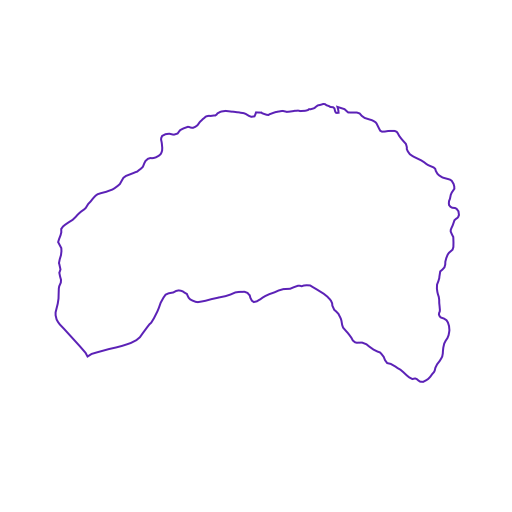 outline of Fatululic, Cova Lima, East Timor, rotated 352°
{"feature_id": "22284137B33809863123080", "entity_name": "Fatululic", "entity_type": "district", "adm_level": 2, "iso_a3": "TLS", "parent_name": "East Timor", "parent_adm1": "Cova Lima", "projection": "mercator", "projection_center": [125.158, -9.205], "detail": "fine", "context": "isolated", "style": "outline", "palette": "violet", "viewbox_px": 512, "rotation_deg": 352, "n_neighbors": 0, "source": "geoboundaries", "source_scale": "gbopen_adm2", "svg_char_len": 6101}
<svg xmlns="http://www.w3.org/2000/svg" viewBox="0 0 512 512"><g transform="rotate(352 256 256)"><path d="M357.4,119.7L357.6,121.0L357.8,123.7L357.7,125.3L357.7,125.6L356.6,125.6L356.0,125.6L355.2,125.3L354.6,124.2L354.4,123.0L354.3,121.7L354.2,120.7L353.3,119.7L353.1,119.5L353.0,119.4L352.1,119.2L350.2,118.7L349.6,118.0L348.8,117.6L348.0,117.1L346.9,116.6L345.9,115.7L345.4,115.2L343.7,114.8L342.2,115.1L340.7,115.3L339.5,115.4L338.7,115.4L337.9,115.6L335.7,116.8L335.4,117.0L334.6,117.6L333.2,117.9L331.0,118.2L330.3,118.3L329.0,118.0L328.7,118.1L327.8,118.7L325.6,119.0L324.2,119.0L322.1,118.8L320.5,118.7L319.5,118.5L318.7,118.1L317.8,117.9L317.2,117.8L315.8,117.8L314.8,117.6L313.2,117.7L308.7,117.7L307.7,117.6L306.6,117.6L305.7,117.2L302.8,116.1L301.1,116.0L299.3,116.1L297.4,116.1L297.0,116.2L295.6,116.2L293.4,116.6L290.2,117.3L289.1,117.5L288.6,117.8L287.9,118.1L286.1,117.6L283.7,116.4L282.0,115.5L281.7,115.2L281.3,114.7L280.3,114.6L276.0,113.8L275.0,115.8L273.9,117.5L270.7,117.5L268.4,116.2L267.0,115.0L266.7,114.8L265.9,114.1L264.6,113.3L263.6,112.8L260.7,112.0L259.1,111.4L257.2,111.0L254.5,110.2L254.1,110.1L253.9,110.0L252.1,109.7L250.3,109.2L246.1,108.1L242.0,108.1L240.7,108.3L237.7,109.4L237.5,109.6L236.6,110.5L235.1,111.2L234.2,111.0L230.5,111.0L229.2,110.7L228.3,110.6L227.7,110.7L227.0,110.7L225.6,111.0L223.7,112.3L222.4,113.0L221.0,114.1L219.5,115.1L218.7,115.8L217.3,117.3L216.2,118.4L214.1,119.5L213.6,119.7L211.4,120.3L210.1,120.0L209.1,119.7L208.6,119.4L207.6,118.9L206.5,118.6L202.2,119.5L200.9,119.9L198.4,120.8L198.2,121.1L197.2,121.9L196.3,122.9L195.4,123.8L191.8,124.4L190.7,124.2L189.4,123.7L188.4,123.3L187.3,122.9L186.4,122.8L183.3,122.8L181.0,123.6L179.8,124.0L178.6,125.9L178.2,127.5L178.4,130.2L178.4,131.8L178.2,135.9L177.7,138.5L176.8,140.4L175.7,141.9L173.7,143.2L171.3,144.1L170.5,144.4L168.3,144.7L166.7,144.7L166.3,144.6L165.0,144.3L162.5,144.7L159.8,146.5L158.3,148.6L157.0,150.9L156.2,152.1L153.9,153.7L152.0,154.7L150.1,155.9L148.3,156.2L146.1,156.8L142.7,157.6L138.4,158.6L135.6,160.1L133.7,162.5L131.2,165.8L128.9,167.3L125.2,169.3L123.0,170.2L118.7,171.1L116.5,171.6L114.6,171.8L111.1,172.2L107.7,172.8L105.6,173.9L103.8,175.3L102.3,176.6L99.8,179.0L97.1,181.1L94.1,184.7L92.4,185.9L88.9,187.7L86.6,189.2L84.7,190.6L83.7,191.5L82.6,192.4L79.4,194.7L76.0,196.2L74.1,197.1L71.3,198.5L69.0,199.9L66.9,202.1L66.5,205.4L65.4,208.1L63.3,211.9L62.0,214.7L64.3,221.1L64.0,224.2L63.0,228.0L61.2,231.9L59.9,235.6L60.1,236.8L60.4,240.8L60.5,242.1L59.3,244.5L58.9,245.2L59.1,248.6L59.2,249.6L59.6,252.5L59.0,255.2L56.9,258.6L56.2,260.8L55.3,266.0L54.5,270.7L53.0,275.7L51.3,279.9L49.7,283.9L49.3,286.8L49.7,291.1L50.8,293.9L52.2,296.5L55.8,301.5L61.4,309.7L68.7,320.4L73.7,328.1L75.2,332.1L79.6,330.1L85.0,329.3L92.0,328.4L97.3,327.7L104.7,327.1L110.7,326.4L115.9,325.5L120.0,324.7L125.8,322.7L129.7,320.3L133.2,316.6L138.8,310.9L141.3,308.5L141.8,308.3L143.0,307.4L146.3,303.4L150.6,297.2L152.5,294.0L155.1,289.0L158.7,284.2L161.1,281.7L164.2,280.8L166.2,280.7L169.0,280.6L172.0,279.5L174.6,279.3L176.6,279.9L177.3,280.2L178.6,280.9L180.1,282.3L182.3,284.0L182.7,285.6L183.5,288.0L184.8,289.8L186.9,291.3L189.9,293.0L192.0,293.6L195.6,293.5L199.8,293.3L206.0,292.5L212.9,292.0L213.0,291.9L213.9,291.9L220.3,291.5L225.4,290.6L230.5,289.2L233.9,289.2L236.1,289.4L239.8,289.9L242.5,291.4L243.6,293.2L244.3,294.0L244.6,296.6L245.7,299.7L247.4,301.3L250.6,301.0L252.8,300.0L254.2,299.5L256.8,298.1L259.7,296.9L264.0,295.6L267.1,295.0L269.5,294.5L271.2,294.0L273.6,293.3L278.5,292.6L285.2,293.2L289.0,292.2L293.4,291.3L295.4,291.6L297.0,292.3L299.1,291.9L302.1,292.0L305.5,292.7L307.1,294.0L307.5,294.4L308.3,295.0L311.7,297.7L317.8,302.8L321.1,306.3L322.3,308.1L322.7,308.5L324.0,310.7L324.8,313.4L324.7,315.8L326.0,320.2L327.6,322.0L329.6,324.8L330.3,326.9L330.8,328.3L331.3,330.0L331.6,332.0L331.7,335.4L331.7,336.1L331.9,337.2L332.3,339.1L334.9,343.1L336.0,344.7L337.3,346.9L339.1,350.3L340.1,353.1L342.0,355.2L343.6,355.9L349.0,356.5L353.1,358.8L355.3,361.2L359.3,365.0L363.1,367.6L365.3,368.7L366.5,370.3L368.4,373.6L369.3,377.2L371.0,380.3L374.4,381.6L378.7,384.9L380.7,386.8L381.9,387.7L383.2,388.7L385.7,391.5L386.9,393.0L388.6,395.1L390.7,397.4L393.7,399.6L396.5,399.4L398.0,400.2L399.6,402.0L401.1,403.3L404.0,403.9L407.0,402.8L407.5,402.6L409.4,401.7L411.7,399.9L414.1,397.4L416.0,395.8L417.0,394.4L418.1,391.6L420.3,388.4L423.2,385.6L425.1,383.3L426.4,381.5L427.4,378.6L427.9,376.1L428.6,373.3L428.8,372.6L430.2,368.9L432.1,366.2L434.1,364.0L435.7,361.2L436.7,358.2L437.2,356.4L437.4,352.2L436.8,348.6L435.7,346.1L433.4,344.1L430.6,342.7L429.6,341.5L429.0,339.5L429.2,338.6L429.4,337.9L430.2,336.6L430.6,335.0L430.8,331.1L430.9,328.1L431.3,324.9L431.3,321.9L430.8,319.0L430.6,316.9L430.6,313.5L431.3,309.5L433.1,306.3L434.4,303.4L434.8,301.7L435.0,301.1L436.3,296.9L438.7,295.4L441.0,293.5L442.2,290.8L442.7,288.0L444.2,284.4L444.7,283.6L445.3,282.5L446.1,281.2L447.5,279.7L451.5,277.1L452.7,274.6L453.4,270.3L453.8,266.7L454.0,264.6L453.3,262.7L452.6,260.4L452.2,258.8L452.5,257.2L453.5,255.4L455.0,253.1L456.5,250.2L457.5,248.2L459.3,247.0L460.8,246.3L461.9,245.2L462.2,244.4L462.7,243.7L462.7,242.1L462.7,239.9L461.2,237.2L460.5,236.7L459.8,236.2L457.0,235.5L455.4,234.3L454.3,232.5L454.3,231.6L454.3,230.7L454.8,228.5L455.4,227.4L455.7,226.9L456.0,226.4L456.9,223.9L457.4,222.5L458.7,220.4L461.8,217.0L461.8,216.7L462.0,214.8L461.7,212.2L460.3,208.8L458.9,207.5L457.3,206.7L455.2,205.8L452.2,204.5L451.2,203.9L448.4,201.5L447.1,199.8L445.9,196.8L445.6,194.6L444.2,193.0L440.5,190.8L438.8,189.7L437.4,188.5L435.6,186.6L432.9,184.3L426.5,180.0L424.9,178.8L422.5,176.6L420.9,173.5L420.2,171.1L420.5,169.3L420.3,167.5L420.0,165.8L417.5,162.1L417.0,161.3L416.6,160.7L415.5,158.8L414.5,156.9L413.4,154.0L412.6,152.6L410.8,151.5L408.4,151.1L404.3,150.6L400.9,150.7L398.1,150.4L396.5,149.3L395.7,147.2L394.5,143.6L393.8,141.5L393.0,140.2L391.2,138.7L389.6,137.6L387.4,136.6L382.8,134.4L380.2,131.9L378.5,129.3L375.9,128.0L372.6,127.5L369.8,127.1L367.3,126.7L366.3,125.6L364.1,122.9L357.4,119.7Z" fill="none" stroke="#5b21b6" stroke-width="2"/></g></svg>